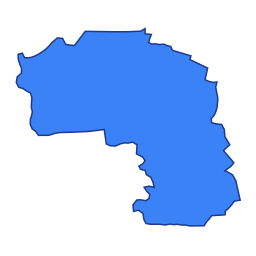 Saudades, Santa Catarina, Brazil, rotated 179°
{"feature_id": "56859067B63922458619483", "entity_name": "Saudades", "entity_type": "district", "adm_level": 2, "iso_a3": "BRA", "parent_name": "Brazil", "parent_adm1": "Santa Catarina", "projection": "albers", "projection_center": [-53.035, -26.888], "detail": "fine", "context": "isolated", "style": "filled", "palette": "blue", "viewbox_px": 256, "rotation_deg": 179, "n_neighbors": 0, "source": "geoboundaries", "source_scale": "gbopen_adm2", "svg_char_len": 1806}
<svg xmlns="http://www.w3.org/2000/svg" viewBox="0 0 256 256"><g transform="rotate(179 128 128)"><path d="M232.4,204.7L236.6,203.6L236.5,198.5L235.0,193.4L233.4,189.7L233.6,184.8L237.9,181.0L238.9,175.4L236.5,170.6L232.7,169.5L228.8,166.8L224.9,164.6L223.6,160.2L224.0,155.1L224.3,150.2L223.3,145.8L224.3,142.0L225.5,138.1L225.7,133.5L223.9,128.9L220.3,126.2L217.7,122.2L207.3,122.1L201.5,123.8L196.8,124.6L183.6,124.8L167.9,125.2L151.8,126.9L150.0,112.5L146.2,110.6L140.9,110.2L135.8,112.3L131.5,113.2L128.2,112.9L123.6,113.8L119.3,111.1L119.6,106.3L120.0,101.9L116.2,100.0L113.3,98.1L111.7,95.0L113.6,92.1L117.8,89.6L116.0,86.3L111.6,85.4L110.4,81.0L106.1,78.3L103.9,73.2L102.8,68.1L107.7,69.5L112.9,68.5L110.5,64.6L107.5,61.3L108.0,57.5L111.3,55.0L116.6,56.0L120.4,55.9L124.4,51.0L123.9,44.5L119.1,45.6L114.5,42.3L113.7,36.2L111.6,32.2L107.0,31.3L102.7,31.3L98.9,31.3L92.4,30.4L87.9,31.2L83.8,30.6L79.8,30.8L75.9,30.0L72.5,30.0L67.8,29.0L53.6,28.9L51.2,32.7L48.6,35.4L45.9,38.9L32.5,39.5L32.0,43.5L29.2,45.5L26.0,49.1L23.0,53.0L17.1,53.9L21.2,73.7L24.3,79.3L28.1,81.7L31.9,83.5L27.9,86.4L25.1,88.5L22.8,91.5L32.9,103.7L29.9,106.7L26.5,109.4L31.2,117.5L31.8,124.9L34.4,130.0L38.9,130.4L44.2,131.8L44.7,135.8L41.8,139.0L40.1,142.3L38.6,146.9L38.1,151.5L37.7,156.0L38.5,161.0L39.6,167.3L38.3,172.5L42.1,172.1L46.2,173.1L50.1,175.0L47.3,186.5L65.1,195.4L63.8,199.0L82.3,204.9L83.8,208.8L87.1,209.6L90.7,211.2L95.2,210.9L99.1,211.7L102.9,211.5L105.9,213.1L104.4,217.9L103.0,221.1L109.2,221.9L109.2,227.1L113.7,224.6L125.5,224.3L137.9,224.4L165.8,225.3L169.0,225.4L180.1,211.4L184.3,211.9L188.9,212.7L191.8,218.7L197.0,219.3L202.6,214.8L204.8,212.1L208.0,209.0L211.3,206.4L216.5,203.2L219.9,201.6L223.3,200.4L226.6,199.9L230.2,200.2L232.4,204.7Z" fill="#3b82f6" stroke="#1e3a8a" stroke-width="1.5"/></g></svg>